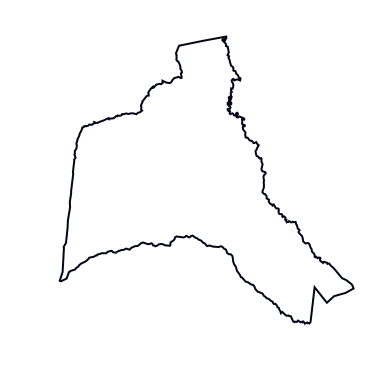 the district of Tsholotsho, Matabeleland North, Zimbabwe, rotated 351°
{"feature_id": "62879985B28907517418650", "entity_name": "Tsholotsho", "entity_type": "district", "adm_level": 2, "iso_a3": "ZWE", "parent_name": "Zimbabwe", "parent_adm1": "Matabeleland North", "projection": "equal_earth", "projection_center": [27.51, -19.64], "detail": "fine", "context": "isolated", "style": "outline", "palette": "ink", "viewbox_px": 384, "rotation_deg": 351, "n_neighbors": 0, "source": "geoboundaries", "source_scale": "gbopen_adm2", "svg_char_len": 6008}
<svg xmlns="http://www.w3.org/2000/svg" viewBox="0 0 384 384"><g transform="rotate(351 192 192)"><path d="M336.5,312.6L335.9,309.7L335.1,307.9L330.3,302.9L326.8,300.7L319.7,288.8L317.7,286.7L316.5,284.4L316.1,284.0L314.5,284.2L314.2,282.9L311.1,281.6L310.3,282.6L307.9,279.9L307.8,278.9L308.5,277.5L308.2,276.9L307.1,276.6L305.8,277.1L304.5,275.3L303.7,275.8L303.0,275.3L303.2,272.5L301.1,269.5L301.2,267.1L300.4,265.4L299.8,261.8L298.6,260.5L296.4,260.6L295.7,260.3L294.1,258.1L294.1,254.3L293.6,252.5L291.1,248.9L291.0,248.0L292.2,246.8L292.2,246.1L290.8,244.9L290.4,241.2L289.7,239.8L289.8,238.0L289.5,237.7L288.0,237.8L286.8,237.1L285.9,237.6L285.1,237.5L283.3,235.9L282.3,236.7L280.8,236.8L280.5,235.9L280.9,234.4L279.7,234.0L279.8,233.2L280.4,232.2L280.1,231.6L279.0,230.4L277.6,230.9L277.3,230.4L277.6,229.3L277.4,228.1L275.0,227.4L274.5,226.9L274.4,224.7L274.9,223.7L274.9,222.2L274.3,221.6L272.9,221.5L272.1,220.6L270.8,217.2L269.4,218.0L268.9,216.6L267.7,216.3L266.3,213.7L266.8,211.5L264.7,210.1L265.0,207.9L264.9,207.2L264.2,206.5L263.9,205.6L262.6,204.9L261.6,203.4L261.7,202.4L263.7,198.8L264.3,195.3L264.3,193.5L264.9,192.2L264.9,189.1L265.2,187.5L265.8,186.6L267.4,185.5L267.8,184.7L267.5,183.9L264.8,182.5L264.2,181.1L264.3,179.8L266.1,175.6L265.4,173.0L265.8,169.7L265.6,169.3L264.4,169.6L263.7,169.2L262.9,167.4L261.6,166.7L261.2,165.3L261.1,161.6L262.2,160.5L264.1,157.4L265.2,156.3L264.1,155.0L263.2,152.8L261.2,153.4L260.4,153.3L259.1,150.8L257.1,150.2L255.5,147.1L254.0,146.8L253.4,146.2L253.6,145.2L253.4,143.9L254.1,142.0L253.9,141.1L252.3,138.3L252.3,135.9L252.8,135.1L253.8,135.3L254.5,135.1L254.6,134.3L252.3,133.0L252.2,131.8L252.7,130.0L252.7,128.3L253.4,128.1L254.8,128.7L255.1,128.2L254.8,127.4L250.5,124.8L249.0,125.6L247.9,125.1L247.9,124.6L249.7,122.0L249.1,120.8L247.9,121.2L247.3,122.7L246.5,123.3L245.5,122.9L245.0,121.3L244.2,120.6L242.0,121.1L241.6,120.6L241.5,119.9L242.2,118.5L242.1,117.9L240.7,117.7L240.1,116.4L240.2,115.6L240.5,115.5L242.3,115.8L243.0,115.2L243.2,114.4L242.9,113.5L242.1,113.0L240.9,111.0L241.3,109.4L241.9,109.3L242.3,110.3L243.6,111.5L244.1,111.6L244.7,111.0L244.7,110.2L244.1,109.2L242.9,109.7L242.5,109.5L242.9,107.6L244.1,107.9L244.7,106.9L244.4,105.5L243.4,106.4L243.0,105.2L243.2,104.3L244.1,103.8L245.6,105.1L246.1,104.3L245.6,103.0L245.7,100.3L246.1,99.7L247.0,99.4L246.4,97.8L246.9,95.8L248.2,96.3L249.2,94.4L249.5,93.2L249.6,91.9L248.7,89.3L248.7,88.0L249.9,86.9L250.7,86.8L251.2,88.4L253.7,87.8L254.9,88.1L256.9,89.4L257.4,88.5L257.6,87.1L256.2,86.4L255.7,83.9L254.2,82.1L253.8,79.4L252.0,78.7L251.8,77.9L252.3,76.2L251.9,74.8L250.4,73.5L249.8,69.4L249.8,67.4L249.0,65.2L249.8,64.1L249.6,63.2L248.5,62.6L248.5,62.1L250.2,60.0L250.0,54.1L248.4,53.1L248.7,52.5L248.5,50.7L245.8,47.1L245.8,46.4L246.4,45.8L247.6,46.2L248.0,47.8L248.4,47.5L248.9,45.4L249.5,45.9L249.9,45.6L249.8,44.2L251.0,43.8L226.5,44.4L202.1,45.5L198.1,52.1L197.8,53.2L198.3,54.4L197.9,55.3L197.9,57.3L197.3,58.2L197.5,59.8L198.6,60.8L199.3,62.3L200.1,65.6L200.1,67.1L199.8,67.9L199.9,69.1L200.7,70.4L200.8,72.3L199.7,73.1L199.5,73.7L199.8,76.4L199.5,77.7L198.7,77.7L196.8,76.2L192.4,76.7L190.4,78.2L188.4,80.5L186.8,80.9L183.6,79.8L180.3,77.5L180.0,79.8L179.4,79.8L178.5,80.7L176.9,80.1L173.4,80.4L172.9,81.0L170.4,82.9L169.9,83.0L169.8,82.1L169.1,82.8L168.5,82.7L168.0,83.4L166.8,84.1L164.5,86.8L164.3,87.4L164.5,87.9L164.3,90.0L163.0,89.9L162.0,90.3L157.0,95.0L157.1,95.7L155.2,98.3L155.2,100.6L154.7,102.6L155.4,103.8L154.6,104.0L153.6,104.9L150.8,105.4L149.3,106.5L146.5,105.2L144.4,104.8L141.4,105.0L139.1,104.1L136.6,104.5L135.2,104.1L134.7,104.9L133.6,105.4L132.1,105.4L130.7,104.8L130.1,105.5L129.6,105.1L128.6,105.3L128.0,105.9L125.9,106.9L123.1,106.8L121.7,106.2L121.7,106.8L121.3,107.2L120.4,106.2L114.3,107.9L111.6,108.2L109.9,109.0L108.1,108.7L106.3,107.6L106.2,108.0L106.8,108.9L104.8,109.2L103.5,110.0L101.1,109.3L100.0,110.2L97.9,110.5L97.3,110.1L96.4,110.5L95.8,110.1L94.9,111.1L93.8,111.1L92.8,113.3L89.7,117.6L89.7,118.4L87.0,122.3L86.8,123.4L85.4,126.0L85.5,128.0L84.7,130.9L83.0,132.8L82.4,134.1L82.4,135.6L81.7,136.6L82.2,138.1L82.0,138.9L82.4,140.0L80.7,141.4L80.7,142.3L77.4,154.2L77.6,155.2L72.6,172.8L72.6,173.7L69.7,183.0L69.2,188.0L65.0,200.6L63.5,208.0L59.6,222.5L56.6,226.3L56.8,227.1L51.7,250.7L47.5,259.0L48.5,259.7L54.6,257.9L57.9,251.9L58.8,251.7L59.4,251.0L64.3,250.3L65.7,248.9L68.0,247.9L69.2,246.6L71.2,245.4L76.1,243.9L78.6,242.4L80.3,240.8L84.9,240.6L87.4,239.6L88.1,239.8L89.0,238.9L91.1,238.9L93.1,238.3L97.6,239.1L98.8,238.1L101.2,237.6L103.4,237.5L104.7,239.2L107.4,240.1L108.6,239.3L113.0,238.3L115.8,238.4L118.1,237.6L121.3,239.2L123.4,237.6L127.3,236.6L130.0,236.8L133.3,234.8L135.7,234.2L140.3,236.6L141.4,236.8L143.8,236.3L144.7,236.9L145.2,238.7L146.7,239.1L147.3,239.9L149.4,239.5L150.7,238.6L152.6,238.5L154.9,238.9L156.9,240.4L161.6,241.6L162.1,241.5L162.3,240.9L162.9,238.6L166.5,236.7L167.3,236.0L168.1,234.2L169.8,233.5L176.3,235.5L177.9,235.3L179.3,234.5L180.0,234.6L181.3,236.1L182.7,236.4L184.3,235.3L185.7,235.1L188.2,237.7L190.1,238.7L190.6,239.7L193.4,241.4L195.1,243.9L196.5,244.7L198.4,247.8L201.0,247.6L204.2,249.2L209.5,250.5L212.3,250.1L214.0,251.6L214.6,252.8L216.6,254.3L217.1,257.5L218.6,259.2L220.6,259.6L221.8,261.4L222.0,263.2L221.8,267.0L222.2,269.6L223.6,272.7L224.1,277.0L226.3,281.2L227.0,283.8L227.9,284.2L231.0,288.9L233.4,290.1L235.8,292.5L237.9,293.4L238.8,295.0L239.5,298.0L241.4,300.8L245.6,303.1L246.9,306.0L248.2,307.1L249.0,308.6L251.0,309.5L252.8,311.7L254.3,312.8L254.8,314.4L255.5,315.6L256.5,315.4L257.3,316.0L258.3,317.9L258.3,319.0L259.6,320.0L259.8,321.8L260.5,323.0L260.9,325.7L262.5,324.6L265.2,328.3L266.3,329.1L267.8,329.0L268.3,329.6L270.2,330.2L271.7,335.7L272.5,336.0L272.9,336.6L273.9,336.3L275.3,336.7L276.7,335.6L278.9,337.6L280.0,337.4L280.6,338.0L281.5,337.2L282.2,337.9L282.9,339.7L285.3,338.9L285.9,339.7L286.5,339.6L287.3,340.2L288.7,339.1L298.2,305.3L307.9,322.5L316.1,317.1L327.9,315.7L336.5,312.6Z" fill="none" stroke="#020617" stroke-width="2"/></g></svg>